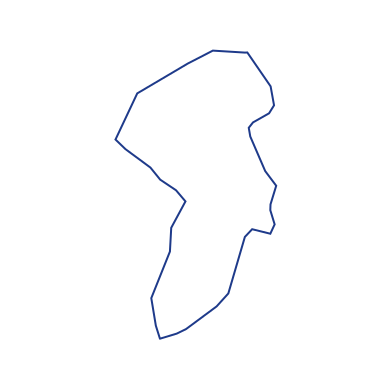 the District of Ocniţa, rotated 107°
{"feature_id": "MDA-1616", "entity_name": "Ocniţa", "entity_type": "District", "adm_level": 1, "iso_a3": "MDA", "parent_name": "Moldova", "parent_adm1": "", "projection": "albers", "projection_center": [27.56, 48.362], "detail": "fine", "context": "isolated", "style": "outline", "palette": "blue", "viewbox_px": 384, "rotation_deg": 107, "n_neighbors": 0, "source": "natural_earth", "source_scale": "10m", "svg_char_len": 591}
<svg xmlns="http://www.w3.org/2000/svg" viewBox="0 0 384 384"><g transform="rotate(107 192 192)"><path d="M198.8,103.5L209.0,104.9L210.0,123.6L219.5,128.3L278.4,127.6L294.2,135.0L324.8,157.6L331.9,165.2L341.6,179.7L341.6,179.8L330.4,187.5L305.4,199.9L255.4,195.7L232.3,201.4L202.9,195.5L195.0,207.8L189.5,226.0L180.8,238.9L170.5,268.1L164.2,280.5L113.7,273.2L70.4,233.6L50.7,213.4L43.2,182.1L42.4,179.9L68.0,147.7L85.1,138.9L94.2,141.3L107.6,154.0L114.0,156.5L121.9,152.5L150.6,128.1L161.4,113.3L180.9,113.3L186.5,111.8L198.8,103.5Z" fill="none" stroke="#1e3a8a" stroke-width="2"/></g></svg>